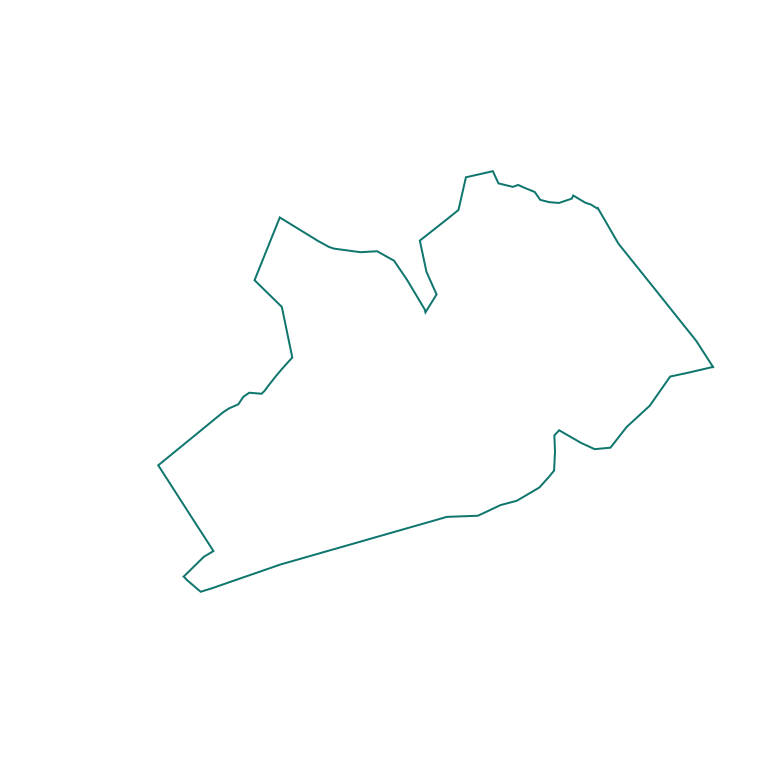 the district of Melit, North Darfur, Sudan, rotated 141°
{"feature_id": "16777658B8925741103615", "entity_name": "Melit", "entity_type": "district", "adm_level": 2, "iso_a3": "SDN", "parent_name": "Sudan", "parent_adm1": "North Darfur", "projection": "equal_earth", "projection_center": [26.262, 14.2], "detail": "fine", "context": "isolated", "style": "outline", "palette": "teal", "viewbox_px": 768, "rotation_deg": 141, "n_neighbors": 0, "source": "geoboundaries", "source_scale": "gbopen_adm2", "svg_char_len": 1306}
<svg xmlns="http://www.w3.org/2000/svg" viewBox="0 0 768 768"><g transform="rotate(141 384 384)"><path d="M360.2,579.0L419.3,546.1L414.9,508.2L437.1,465.2L438.7,462.3L453.3,460.0L463.3,458.1L476.0,455.2L481.3,453.8L485.3,453.5L494.2,462.0L501.3,462.6L510.1,459.9L519.9,462.6L527.2,463.3L562.6,463.1L585.7,463.0L610.6,462.9L618.7,389.3L619.8,378.6L621.7,361.5L632.8,363.1L660.7,360.4L660.9,360.4L660.7,359.5L660.7,359.3L660.7,358.5L660.6,356.5L660.2,353.9L660.0,353.0L659.5,350.1L659.4,349.7L658.9,347.2L658.5,344.9L658.5,344.7L658.0,342.0L657.7,340.6L657.2,337.9L646.2,333.5L625.6,326.1L577.8,308.8L418.8,241.2L393.9,222.5L369.7,216.6L354.3,209.7L328.3,205.8L313.3,208.2L306.3,209.7L293.5,224.0L284.0,236.8L277.0,237.8L267.9,214.1L261.3,200.8L248.1,192.0L222.5,197.9L191.0,199.9L156.9,209.7L140.4,201.3L117.5,190.2L117.7,189.0L114.2,221.1L114.1,239.6L113.8,280.6L113.5,345.5L107.1,386.3L107.9,386.4L110.2,393.1L113.5,398.3L118.3,411.4L121.4,409.9L134.1,414.6L141.2,421.4L146.7,428.8L146.0,438.3L151.2,447.8L154.5,454.3L159.8,456.1L168.8,467.9L165.5,480.9L190.2,493.1L216.6,472.4L229.6,472.4L265.9,472.9L280.4,444.5L286.8,420.5L306.7,413.6L305.4,416.4L300.6,450.1L298.6,473.4L305.8,491.5L319.3,501.2L337.6,520.6L340.5,525.1L345.3,536.8L360.2,579.0Z" fill="none" stroke="#0f766e" stroke-width="2"/></g></svg>